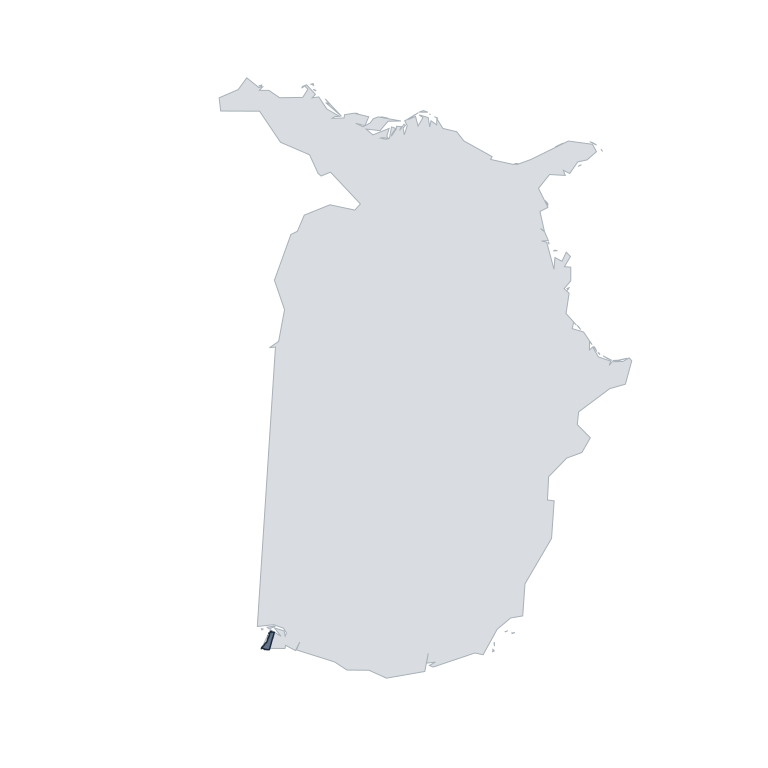 Clallam, Washington, United States of America shown in context, rotated 285°
{"feature_id": "52423323B36348564143669", "entity_name": "Clallam", "entity_type": "district", "adm_level": 2, "iso_a3": "USA", "parent_name": "United States of America", "parent_adm1": "Washington", "projection": "orthographic", "projection_center": [-123.997, 48.129], "detail": "fine", "context": "in_parent", "style": "filled", "palette": "slate", "viewbox_px": 768, "rotation_deg": 285, "n_neighbors": 0, "source": "geoboundaries", "source_scale": "gbopen_adm2", "svg_char_len": 5140}
<svg xmlns="http://www.w3.org/2000/svg" viewBox="0 0 768 768"><g transform="rotate(285 384 384)"><path d="M590.7,221.5L615.3,193.2L605.4,155.6L617.8,150.7L630.7,167.0L644.2,172.2L638.0,186.3L639.7,189.9L635.4,187.6L637.8,196.8L633.5,209.1L639.8,231.3L649.0,234.2L651.4,230.3L648.5,227.9L650.4,228.4L653.0,231.8L646.0,242.8L641.8,240.5L644.4,246.7L634.8,257.6L631.0,271.8L629.5,267.1L627.2,265.2L630.6,276.6L633.9,276.2L637.8,284.9L638.2,300.1L628.6,298.7L628.5,289.2L627.0,297.2L632.7,303.1L637.5,305.1L640.5,309.3L642.4,332.3L638.9,319.9L627.7,314.6L625.6,300.8L621.7,308.7L632.2,322.8L624.1,322.6L622.4,324.6L621.5,318.3L620.6,316.9L620.8,322.2L622.5,325.6L634.3,324.8L633.9,329.2L627.1,326.8L625.2,327.0L633.5,329.8L636.2,329.4L637.1,334.3L632.9,333.4L640.1,336.1L639.5,337.7L636.0,336.3L629.9,339.1L639.5,339.6L643.5,335.9L655.1,347.1L645.7,338.9L650.6,345.2L642.0,350.1L651.3,352.7L653.0,348.3L652.8,357.7L644.1,361.6L650.4,361.3L648.0,367.8L653.9,366.4L646.1,374.8L646.5,388.9L639.5,398.2L631.6,429.6L628.5,428.9L629.5,451.3L630.7,456.1L638.9,467.8L666.4,499.2L669.5,523.3L663.4,529.1L653.1,522.2L648.6,513.6L635.4,508.9L636.9,501.9L632.4,505.1L629.2,489.7L613.0,482.6L597.0,496.6L591.0,490.0L573.4,499.2L574.6,494.8L572.6,499.7L565.1,505.6L562.9,499.1L563.0,504.5L538.8,518.5L550.4,516.4L548.6,524.2L558.5,525.9L555.4,531.1L544.0,527.9L545.2,534.2L532.0,537.7L522.7,533.3L519.6,539.3L499.2,541.6L490.6,554.7L492.7,551.2L486.2,551.5L485.9,563.3L475.9,574.8L478.1,571.6L470.1,573.6L473.7,576.1L465.6,584.1L464.8,597.0L460.2,596.7L464.5,598.5L467.6,609.0L472.7,614.0L470.5,617.3L446.3,617.2L437.9,603.2L407.4,579.2L394.8,581.2L385.4,597.2L369.1,592.9L359.8,579.7L337.1,567.0L314.3,571.9L315.2,578.6L278.2,585.8L227.4,571.9L195.9,578.0L190.7,566.8L176.4,556.8L148.1,549.8L147.7,541.4L123.3,504.7L123.9,500.7L128.7,505.6L125.4,497.4L135.3,496.4L116.9,497.8L100.5,462.5L103.6,443.5L98.1,422.2L102.7,408.4L104.5,368.4L113.0,369.4L103.6,367.5L106.1,356.6L102.9,356.8L97.0,334.2L117.3,337.9L113.6,349.9L120.0,341.3L119.7,351.3L114.9,353.8L118.4,354.2L122.1,350.0L123.0,339.8L117.0,324.4L391.6,269.6L389.4,264.0L397.9,271.2L430.1,268.7L455.9,251.3L504.3,255.4L509.1,260.8L526.5,263.3L543.1,285.4L544.4,310.8L551.8,314.6L574.8,277.5L568.6,269.4L570.4,265.8L586.1,252.8L590.7,221.5ZM640.3,258.6L644.2,253.4L631.6,273.6L640.7,254.8L640.3,258.6ZM118.8,334.0L121.7,340.3L121.6,341.3L117.7,336.5L118.8,334.0ZM471.9,612.3L466.9,604.1L465.9,598.7L467.6,604.1L471.9,612.3ZM639.4,185.8L641.2,188.5L640.2,188.6L639.4,185.8ZM523.7,536.0L524.9,537.9L522.3,537.1L523.7,536.0ZM159.4,558.6L162.5,557.2L162.8,557.5L159.4,558.6ZM155.9,557.9L154.7,559.6L153.6,558.2L155.9,557.9ZM650.2,239.3L650.1,242.1L649.5,242.0L650.2,239.3ZM466.5,593.1L465.8,598.0L467.9,588.2L466.5,593.1ZM657.9,488.6L663.2,494.8L657.2,488.1L657.9,488.6ZM176.2,565.1L177.8,567.5L176.0,565.3L176.2,565.1ZM671.0,523.7L669.8,527.6L671.3,520.0L671.0,523.7ZM658.3,351.4L657.9,356.0L655.7,347.5L658.3,351.4ZM115.9,328.9L116.0,330.7L114.8,329.8L115.9,328.9ZM474.2,577.8L470.4,581.3L474.2,577.1L474.2,577.8ZM654.7,235.9L655.9,237.9L654.3,238.7L654.7,235.9ZM176.6,571.9L177.8,574.8L176.1,572.3L176.6,571.9ZM469.8,583.4L468.3,585.1L469.4,582.8L469.8,583.4ZM641.5,313.2L641.8,319.0L641.0,311.4L641.5,313.2ZM489.8,557.1L487.5,559.9L490.6,555.4L489.8,557.1ZM630.8,453.1L631.7,456.7L630.5,454.5L630.8,453.1ZM654.9,366.3L654.5,367.5L655.3,363.5L654.9,366.3ZM603.0,492.1L600.7,495.6L599.4,495.9L603.0,492.1ZM563.8,505.6L563.4,506.5L561.6,507.3L563.8,505.6ZM645.6,516.0L646.8,518.0L645.0,515.8L645.6,516.0ZM557.5,514.5L557.7,517.0L556.3,513.1L557.5,514.5ZM666.5,533.6L665.1,534.9L667.0,532.8L666.5,533.6ZM638.3,286.7L638.5,289.5L638.0,285.7L638.3,286.7ZM656.7,357.9L656.2,359.3L656.7,357.9Z" fill="#d9dde1" stroke="#a8b0b8" stroke-width="1"/><path d="M115.8,339.1L115.8,338.7L115.7,338.6L115.2,338.6L114.8,338.8L114.6,338.9L114.5,338.5L114.3,338.3L114.1,338.1L113.8,337.8L113.7,337.7L113.6,337.4L113.4,337.4L113.2,337.5L113.0,337.9L112.7,338.2L112.5,338.3L112.4,338.3L112.1,338.3L111.9,338.3L111.7,338.4L111.2,338.4L110.8,338.4L110.5,338.3L110.3,338.2L110.3,337.9L110.2,338.0L109.6,338.1L109.3,337.9L109.2,337.8L108.9,338.0L108.7,338.1L108.3,338.0L108.2,337.9L108.3,337.8L108.1,337.7L107.9,337.6L107.6,337.6L107.4,337.7L107.0,337.7L106.8,337.8L106.2,337.7L105.9,337.8L105.7,337.7L105.3,337.7L105.1,337.7L104.9,337.6L104.6,337.6L103.9,337.4L103.7,337.2L103.3,337.1L103.3,336.8L103.2,336.7L102.9,336.6L102.4,336.3L102.1,336.2L101.9,336.1L101.7,336.1L101.3,336.1L100.8,335.8L100.6,335.7L100.4,335.7L100.2,335.6L100.1,335.4L99.0,334.8L98.9,334.7L98.7,334.7L98.5,334.4L98.4,334.4L98.2,334.3L97.9,334.3L97.8,334.2L97.7,334.1L97.1,334.0L96.9,334.0L96.7,334.1L96.8,334.3L97.1,334.6L97.4,334.8L97.5,334.9L97.4,335.3L97.4,335.5L97.2,336.0L97.0,336.3L97.1,336.7L97.1,336.8L97.1,337.0L97.0,337.3L96.7,337.5L96.8,337.8L97.1,338.4L97.2,338.6L97.1,338.8L97.0,339.1L97.1,339.3L97.2,339.6L97.2,339.9L97.3,340.5L97.3,340.8L97.4,341.0L97.5,341.1L97.7,341.8L97.8,342.0L99.8,342.1L100.4,342.1L109.7,342.1L109.7,342.3L115.6,342.3L115.5,341.3L115.5,339.1L115.8,339.1Z" fill="#64748b" stroke="#1e293b" stroke-width="1.5"/></g></svg>